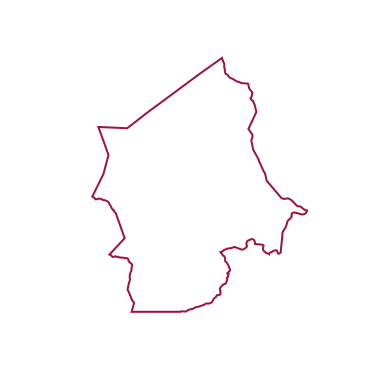 outline of Morolica, Choluteca, Honduras, rotated 115°
{"feature_id": "27666195B91678508389935", "entity_name": "Morolica", "entity_type": "district", "adm_level": 2, "iso_a3": "HND", "parent_name": "Honduras", "parent_adm1": "Choluteca", "projection": "albers", "projection_center": [-86.88, 13.564], "detail": "fine", "context": "isolated", "style": "outline", "palette": "rose", "viewbox_px": 384, "rotation_deg": 115, "n_neighbors": 0, "source": "geoboundaries", "source_scale": "gbopen_adm2", "svg_char_len": 5934}
<svg xmlns="http://www.w3.org/2000/svg" viewBox="0 0 384 384"><g transform="rotate(115 192 192)"><path d="M172.6,304.3L193.8,283.3L213.1,279.9L238.3,280.4L238.5,280.1L238.5,279.9L238.5,279.1L238.4,278.4L238.5,278.0L238.8,277.5L239.3,276.8L239.4,276.5L239.4,276.3L239.3,276.0L239.1,275.7L237.7,274.1L237.3,273.5L237.1,273.2L236.8,271.8L236.7,271.3L236.7,270.8L236.7,270.2L236.9,269.7L236.8,269.4L236.7,268.8L236.3,267.5L236.1,266.5L236.2,265.6L236.2,264.3L236.3,263.9L236.4,263.6L237.9,261.6L239.0,259.9L240.9,257.5L241.3,256.5L241.6,256.0L241.6,255.3L241.7,254.9L242.0,254.6L242.5,254.4L242.7,254.1L243.2,252.6L243.3,252.2L262.3,233.5L283.6,240.4L283.6,238.6L283.8,237.8L284.1,237.5L284.3,237.2L284.3,236.8L284.3,236.3L284.2,236.0L283.9,235.6L283.6,235.3L283.1,234.9L282.6,234.2L282.7,233.8L282.8,233.6L282.3,232.8L282.2,232.3L282.1,232.1L282.1,231.8L282.3,231.4L282.3,231.0L282.2,230.9L282.0,230.6L281.9,230.4L281.7,229.7L281.5,228.7L281.4,228.5L281.1,228.0L280.5,226.1L280.3,225.6L280.5,225.2L280.3,224.6L279.9,224.1L279.6,223.7L279.5,223.3L279.5,222.8L279.5,222.1L279.7,221.5L280.0,221.2L281.2,220.5L281.3,220.4L281.4,219.9L281.8,219.5L282.6,217.0L282.8,216.2L283.0,215.8L283.3,215.6L284.2,215.2L286.1,214.7L287.3,214.3L288.1,214.0L288.8,213.7L289.4,213.7L290.1,213.8L290.5,213.8L291.3,213.6L292.0,213.6L292.4,213.6L293.4,213.3L295.6,212.5L297.4,211.3L297.7,211.1L298.5,211.0L301.5,210.6L302.5,210.4L303.3,210.3L304.1,210.1L304.8,209.7L305.2,209.6L305.6,209.7L306.3,209.6L306.8,209.4L307.4,209.1L307.9,209.0L308.2,208.6L308.9,207.6L309.9,206.4L311.2,205.1L313.5,202.6L314.0,202.1L314.5,201.5L315.0,201.0L315.4,200.5L316.0,199.4L316.6,198.1L316.8,197.9L317.1,197.6L317.3,197.5L326.1,196.1L305.4,151.7L304.9,151.4L304.4,150.9L303.9,149.4L303.6,148.7L303.0,147.1L302.3,146.6L300.5,145.5L300.1,145.1L299.6,144.6L299.0,143.9L298.1,142.7L297.9,142.3L297.6,142.0L297.2,141.6L294.9,140.0L294.6,139.7L293.9,138.8L293.4,137.8L289.5,133.8L288.7,133.0L287.8,132.6L287.1,132.1L287.0,131.9L286.7,131.3L286.2,130.0L286.0,129.6L285.1,128.6L284.3,127.9L283.8,127.6L283.3,127.5L282.5,127.4L281.5,127.2L280.6,127.1L280.4,127.1L280.0,127.2L279.7,127.2L279.0,127.0L277.5,126.2L276.8,125.9L276.6,125.9L275.4,125.9L275.2,125.9L274.9,125.6L274.4,124.7L273.6,123.7L273.1,123.3L272.8,123.2L272.6,123.2L272.3,123.2L271.9,123.3L270.6,124.0L268.6,125.4L268.2,125.7L267.8,125.9L267.4,125.9L266.7,125.9L265.6,125.6L263.2,124.8L262.7,124.6L262.4,124.4L262.1,124.1L261.5,123.5L260.6,122.8L260.4,122.7L259.9,122.8L259.2,122.9L257.2,122.9L256.4,123.0L256.1,123.2L255.4,123.9L255.1,124.1L254.9,124.0L253.6,123.5L252.9,123.8L252.5,124.1L251.5,124.2L251.2,124.1L250.9,124.1L250.9,124.3L251.0,124.8L250.9,125.4L250.9,125.6L250.7,125.7L250.0,125.3L249.3,124.9L249.1,124.9L248.7,124.9L248.4,124.9L247.8,124.7L247.3,124.4L247.0,124.4L246.6,124.6L246.2,124.9L245.5,125.6L243.0,128.2L241.7,130.0L241.3,130.7L241.0,131.3L240.9,132.1L240.6,132.7L240.1,133.0L238.0,134.1L237.2,134.9L236.6,135.7L236.4,137.2L235.9,138.0L235.4,138.9L235.3,139.1L235.1,139.7L234.9,140.2L234.5,140.7L234.4,140.8L234.3,140.7L234.2,140.6L234.2,140.4L234.1,140.2L233.6,139.8L232.1,139.0L231.0,138.4L230.3,137.8L229.4,137.0L228.0,135.5L226.4,132.9L224.9,131.3L224.3,130.9L224.0,130.6L223.9,130.2L223.8,129.7L223.5,126.6L223.3,123.8L223.2,123.0L223.1,122.4L222.9,121.9L222.6,121.5L222.2,121.1L221.9,120.9L219.6,119.5L218.8,119.3L218.1,119.2L217.9,119.3L217.7,119.4L216.1,120.8L215.5,121.1L215.2,121.1L214.6,121.1L213.6,121.1L212.9,120.9L212.3,120.7L211.8,120.3L211.1,119.5L210.2,118.9L209.9,118.5L209.5,118.1L209.3,117.7L209.2,117.2L209.1,116.6L209.2,115.8L209.4,115.4L209.9,114.7L210.9,113.9L211.2,113.6L211.8,113.5L212.1,113.3L212.3,113.1L212.4,112.9L212.5,112.8L212.4,112.4L212.0,111.7L211.8,111.2L211.4,110.0L211.1,109.5L211.0,108.7L210.2,106.2L209.9,105.4L209.9,105.2L210.0,104.8L210.2,104.6L210.6,104.4L213.3,103.9L213.8,103.4L214.5,103.0L215.0,102.1L215.5,100.4L215.8,99.6L215.9,99.1L215.9,98.6L215.8,98.1L215.7,97.3L215.7,96.7L215.8,95.8L215.2,96.0L214.7,96.0L214.1,95.6L213.3,95.0L212.6,94.3L211.2,93.5L210.8,93.1L210.1,92.5L209.7,92.0L209.5,91.4L209.3,90.7L209.4,90.2L209.9,89.5L210.3,89.2L210.8,88.9L211.3,88.4L211.5,88.1L211.3,87.5L210.8,86.8L209.6,86.0L192.0,92.2L191.2,92.6L190.1,92.9L189.3,92.9L188.6,92.7L186.0,92.4L185.2,92.3L184.8,92.3L184.0,92.3L182.4,92.4L178.3,93.0L177.6,93.0L176.9,92.8L175.8,92.4L173.7,91.4L173.2,91.3L172.6,91.3L172.2,91.3L170.0,92.3L169.6,92.4L169.3,92.4L169.1,92.4L168.8,92.2L168.0,91.5L167.4,90.8L167.2,90.4L167.0,89.5L166.6,86.9L166.2,85.0L166.0,83.4L165.8,82.6L165.4,81.9L164.2,80.6L163.7,80.3L162.9,80.0L161.8,79.8L160.2,79.7L160.1,79.8L160.4,80.2L160.4,80.5L160.4,83.1L160.3,83.8L159.6,86.3L159.4,87.0L159.4,87.6L159.4,88.0L160.2,90.1L160.2,90.3L160.2,90.8L159.8,92.1L158.7,94.7L157.4,98.2L157.3,98.7L157.2,99.1L157.1,101.1L157.2,101.4L157.2,101.9L157.5,103.0L158.9,104.8L159.3,105.6L159.5,106.1L159.6,106.3L159.6,106.7L159.6,108.3L159.5,108.8L150.2,129.1L143.9,134.0L143.6,134.7L143.4,135.3L140.2,139.0L139.2,140.0L135.5,144.6L134.1,145.7L127.7,154.5L120.0,160.2L118.3,160.2L116.6,160.5L115.4,160.9L114.7,161.3L111.0,167.5L92.1,167.5L91.5,168.1L90.5,168.8L89.0,170.1L86.4,172.2L86.2,172.4L85.8,173.0L85.3,173.7L83.9,174.9L83.7,175.2L83.5,176.7L83.3,177.1L82.9,178.0L82.4,178.6L81.9,178.4L81.5,178.3L80.4,178.3L77.8,178.9L76.6,179.3L76.3,179.4L75.8,180.3L75.2,181.5L74.8,182.6L74.4,183.3L73.2,184.6L70.7,186.5L70.2,186.9L70.1,187.1L70.2,187.4L70.6,188.3L71.2,189.9L71.7,191.5L72.1,192.6L72.2,193.0L72.5,194.6L72.5,196.1L72.9,198.2L72.3,202.5L72.3,203.5L72.4,204.8L72.4,205.9L72.3,206.5L71.9,207.3L71.6,207.9L71.1,208.7L70.9,209.3L70.7,210.2L70.6,211.6L70.5,211.8L69.9,212.2L68.5,213.4L68.0,213.7L67.3,213.9L66.8,214.2L66.5,214.5L66.1,215.0L65.4,215.4L64.4,216.0L62.8,216.6L62.4,216.8L61.8,217.4L60.7,218.7L59.8,219.5L58.6,221.1L58.2,221.3L57.9,221.5L82.4,235.4L139.5,266.4L161.6,277.7L172.6,304.3Z" fill="none" stroke="#9f1239" stroke-width="2"/></g></svg>